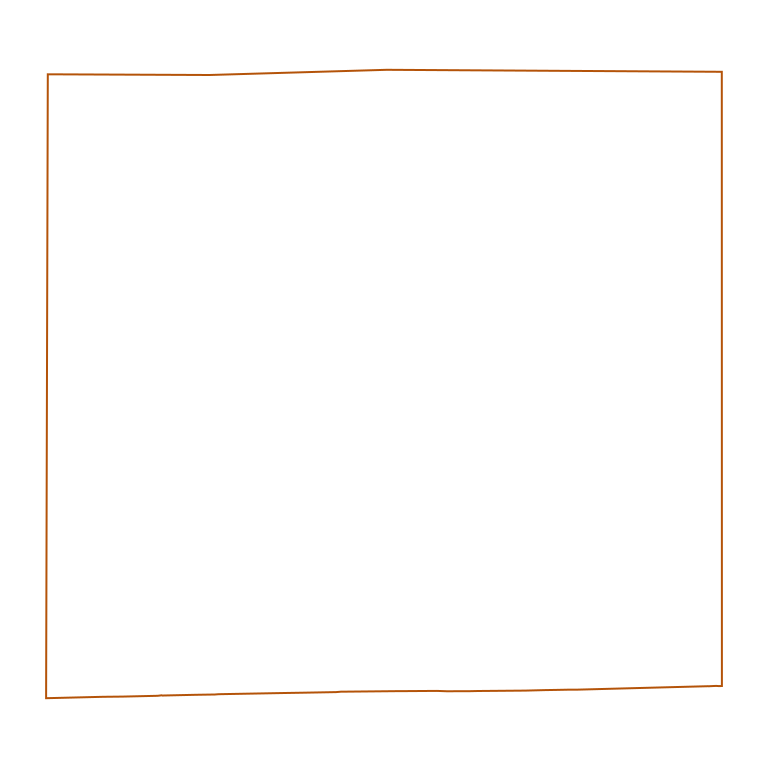 outline of Decatur, Iowa, United States of America
{"feature_id": "52423323B8791661398177", "entity_name": "Decatur", "entity_type": "district", "adm_level": 2, "iso_a3": "USA", "parent_name": "United States of America", "parent_adm1": "Iowa", "projection": "equal_earth", "projection_center": [-93.771, 40.737], "detail": "fine", "context": "isolated", "style": "outline", "palette": "amber", "viewbox_px": 768, "rotation_deg": 0, "n_neighbors": 0, "source": "geoboundaries", "source_scale": "gbopen_adm2", "svg_char_len": 612}
<svg xmlns="http://www.w3.org/2000/svg" viewBox="0 0 768 768"><path d="M721.8,71.8L386.7,69.8L209.4,75.0L47.8,74.3L46.1,698.2L103.2,696.8L122.2,696.6L157.5,695.8L159.4,695.6L161.6,695.3L162.8,695.6L163.7,695.5L195.7,694.8L215.0,694.5L217.3,694.3L218.8,694.2L284.6,693.0L303.3,692.7L336.1,692.1L340.8,691.7L401.5,691.1L407.5,691.1L437.0,690.9L448.0,691.3L456.1,691.2L469.2,691.2L478.0,691.0L525.3,690.6L544.8,690.1L556.9,689.9L567.2,689.7L571.1,689.7L575.6,689.7L662.3,687.4L708.2,686.2L708.8,686.3L709.6,686.2L716.2,685.9L718.9,686.1L721.9,686.0L721.8,71.8Z" fill="none" stroke="#b45309" stroke-width="2"/></svg>